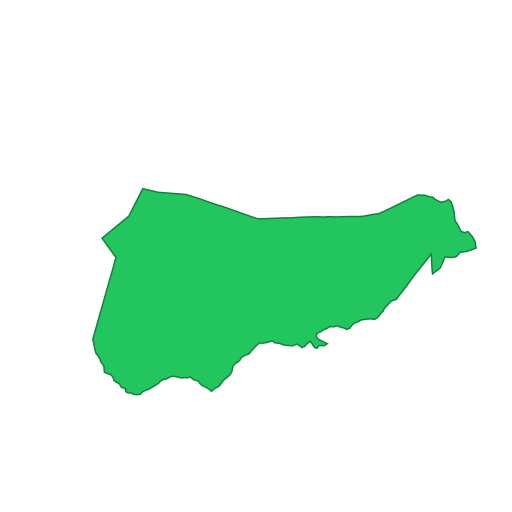 Santa Inês, Maranhão, Brazil, rotated 55°
{"feature_id": "56859067B15720023734986", "entity_name": "Santa Inês", "entity_type": "district", "adm_level": 2, "iso_a3": "BRA", "parent_name": "Brazil", "parent_adm1": "Maranhão", "projection": "mercator", "projection_center": [-45.394, -3.853], "detail": "fine", "context": "isolated", "style": "filled", "palette": "green", "viewbox_px": 512, "rotation_deg": 55, "n_neighbors": 0, "source": "geoboundaries", "source_scale": "gbopen_adm2", "svg_char_len": 2500}
<svg xmlns="http://www.w3.org/2000/svg" viewBox="0 0 512 512"><g transform="rotate(55 256 256)"><path d="M286.3,441.5L290.0,439.1L292.6,440.5L294.8,439.3L296.3,437.0L299.1,435.6L301.1,433.4L302.9,430.3L302.2,426.7L302.6,423.9L303.6,420.3L304.1,413.6L304.4,408.8L303.7,406.0L304.0,402.7L305.4,399.9L305.5,397.0L306.5,393.3L309.4,390.3L313.0,387.3L315.0,383.7L316.6,381.8L317.2,379.3L321.7,378.0L325.5,374.9L328.6,375.1L331.5,374.2L334.7,372.4L338.2,370.8L341.2,370.2L340.9,365.2L341.3,362.6L341.3,359.9L340.1,356.8L339.1,353.5L338.9,349.3L338.2,345.0L336.7,341.9L334.8,340.0L332.8,337.7L332.3,334.4L332.3,329.3L330.7,326.3L331.0,322.2L332.1,317.9L331.1,314.4L330.4,310.9L329.6,307.0L329.2,303.4L331.4,300.2L332.8,297.4L334.9,291.3L338.0,290.3L341.0,286.8L343.8,285.1L346.8,282.3L348.4,280.0L350.4,278.1L351.5,273.0L354.7,271.6L357.2,271.0L358.0,267.9L357.0,264.2L357.0,260.4L361.2,260.5L364.5,260.5L366.7,258.8L365.3,256.1L368.6,251.5L368.7,247.9L363.4,250.8L360.0,252.7L357.0,253.0L355.0,251.4L354.5,248.8L355.3,245.6L355.1,243.2L355.8,240.6L356.5,235.5L358.7,232.8L359.3,230.0L363.1,227.3L365.6,225.1L368.2,223.8L368.9,220.7L367.4,215.8L367.6,212.7L368.4,209.8L368.7,206.6L370.4,203.0L372.9,198.6L376.0,195.0L376.1,192.0L375.6,189.3L374.5,186.1L374.1,183.5L372.5,180.7L371.0,173.6L370.5,170.7L372.0,166.3L367.2,150.7L363.5,140.0L362.7,137.7L355.0,111.3L367.0,118.9L371.9,121.6L371.4,111.8L365.2,101.8L369.0,97.2L370.9,93.9L371.3,91.3L370.1,86.6L372.1,82.8L373.4,80.1L375.7,71.1L372.8,69.8L370.4,68.3L367.2,68.0L364.5,67.7L360.8,67.9L357.5,68.5L356.5,71.9L353.3,73.8L350.4,73.5L345.3,72.7L340.9,72.6L334.2,68.8L328.1,66.4L323.6,65.1L320.0,66.0L319.9,68.8L319.2,71.4L317.4,74.1L314.6,75.6L312.0,77.0L309.5,77.3L307.9,79.2L305.0,81.4L302.5,83.4L301.0,85.8L298.9,88.1L297.9,93.4L293.2,123.5L291.7,131.1L289.7,135.1L288.2,138.1L285.2,144.8L283.0,148.7L280.2,152.6L277.6,156.2L272.8,163.6L270.5,167.2L265.4,174.1L262.7,178.5L258.8,183.5L252.5,193.1L248.9,198.7L245.0,205.2L241.2,210.7L233.7,222.3L230.2,227.9L228.3,230.9L225.5,234.1L195.7,255.4L193.0,257.7L190.4,259.6L187.6,261.7L175.1,270.6L165.3,278.2L147.7,299.6L141.4,305.2L135.9,310.1L150.4,337.3L153.1,371.9L167.4,371.7L177.0,371.5L178.7,373.9L181.6,377.2L183.3,379.3L189.8,387.4L191.6,389.6L225.1,430.7L230.6,437.4L241.8,442.2L244.4,443.0L247.2,442.6L250.8,442.9L254.0,443.9L259.0,443.7L264.2,446.9L267.4,445.0L270.2,442.9L273.2,442.7L276.6,443.8L279.7,442.5L282.2,441.3L286.3,441.5Z" fill="#22c55e" stroke="#15803d" stroke-width="1.5"/></g></svg>